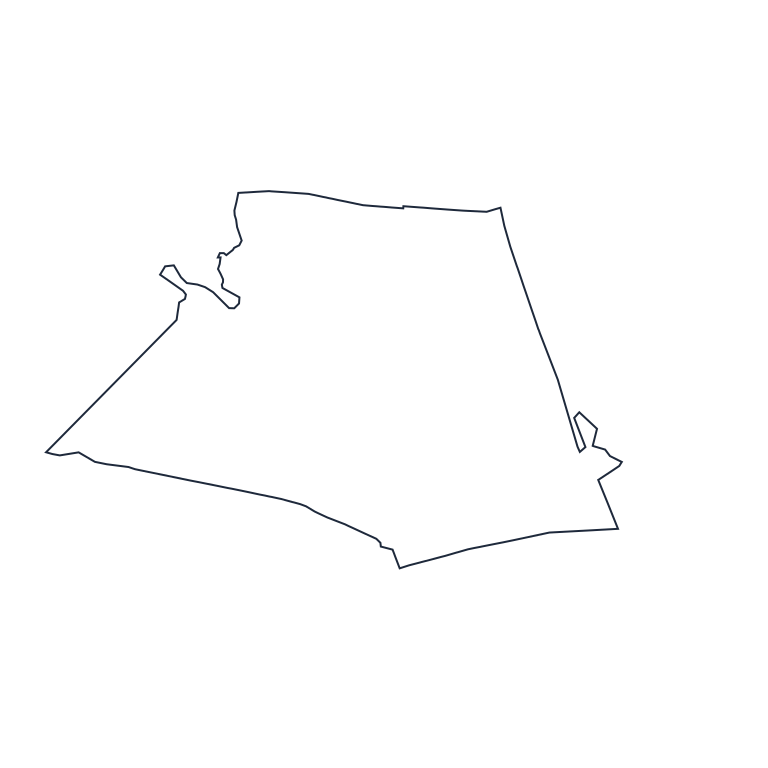 San Mateo Etlatongo, Oaxaca, Mexico (Mercator projection), rotated 26°
{"feature_id": "50627088B15495496169885", "entity_name": "San Mateo Etlatongo", "entity_type": "district", "adm_level": 2, "iso_a3": "MEX", "parent_name": "Mexico", "parent_adm1": "Oaxaca", "projection": "mercator", "projection_center": [-97.265, 17.424], "detail": "fine", "context": "isolated", "style": "outline", "palette": "slate", "viewbox_px": 768, "rotation_deg": 26, "n_neighbors": 0, "source": "geoboundaries", "source_scale": "gbopen_adm2", "svg_char_len": 2661}
<svg xmlns="http://www.w3.org/2000/svg" viewBox="0 0 768 768"><g transform="rotate(26 384 384)"><path d="M110.2,593.5L116.7,592.3L123.9,590.3L139.5,579.3L158.3,580.7L169.9,577.7L190.8,570.6L194.8,570.1L197.6,569.7L200.0,569.1L252.1,555.7L259.5,553.7L278.9,548.6L282.4,547.7L285.9,546.8L289.4,545.9L292.9,544.9L296.4,544.0L303.3,542.2L303.8,542.1L304.5,541.9L311.2,540.2L316.1,539.0L320.9,537.8L325.7,536.5L330.3,535.4L332.7,534.7L334.0,534.4L340.9,532.7L341.6,532.5L353.8,530.2L354.5,530.0L361.4,528.7L367.6,528.1L377.5,529.0L381.2,529.0L387.0,528.9L391.9,528.8L392.8,528.7L400.0,528.1L407.1,527.5L410.5,527.2L414.4,527.2L418.0,527.1L433.0,526.8L445.0,526.5L450.4,528.3L452.4,531.5L464.3,529.1L467.1,531.7L469.6,534.1L478.9,542.8L486.1,535.9L495.0,528.3L495.4,527.9L502.1,522.2L511.1,514.4L514.3,511.7L523.3,503.5L523.7,503.2L531.9,495.8L537.2,491.7L542.3,487.9L542.9,487.4L553.7,479.2L560.2,474.3L568.5,467.9L597.8,445.0L615.8,435.0L622.1,431.5L634.7,424.5L644.0,419.3L657.8,411.6L637.7,393.4L618.6,376.3L627.4,361.4L631.4,354.5L631.7,351.4L631.9,349.8L627.2,349.8L618.7,349.7L611.5,346.0L600.3,347.9L598.9,348.1L598.7,348.1L595.8,334.3L595.1,330.9L571.9,323.8L569.8,331.1L588.5,348.5L591.5,351.3L592.7,352.4L589.8,359.2L585.4,355.5L542.4,308.4L538.4,304.0L508.5,276.2L501.8,270.0L499.6,267.8L499.1,267.4L498.8,267.2L497.7,266.1L492.2,260.5L486.4,254.7L484.7,253.0L471.1,239.3L466.5,234.7L461.8,229.9L453.2,221.2L451.8,219.9L437.3,205.2L422.8,189.1L411.4,174.5L407.4,178.1L402.2,182.9L400.8,184.2L381.0,192.7L377.4,194.2L364.5,199.4L352.2,204.3L348.4,205.8L342.2,208.2L339.8,209.2L323.5,215.7L324.3,217.7L317.0,220.6L313.5,222.0L306.5,224.7L303.1,226.1L299.7,227.4L296.0,228.9L286.7,232.5L281.5,233.8L280.5,234.1L277.2,234.9L273.7,235.8L269.7,236.8L268.2,237.2L261.7,238.9L255.9,240.3L255.2,240.5L253.4,241.0L251.4,241.5L250.8,241.6L249.6,241.9L247.5,242.5L245.0,243.1L242.6,243.7L237.8,244.9L237.2,245.1L233.6,246.0L232.9,246.2L232.1,246.5L210.3,255.3L198.6,260.1L196.2,261.0L185.8,266.8L176.1,272.3L175.7,272.5L169.3,276.1L171.6,285.0L173.5,293.7L175.8,297.7L179.0,301.1L183.2,307.4L193.2,317.5L193.1,322.8L189.6,327.3L189.4,329.7L185.8,337.3L182.7,336.6L179.1,338.3L179.2,343.1L181.6,341.9L183.7,348.2L184.4,353.4L188.8,356.6L191.1,358.5L193.5,360.5L194.7,363.2L194.7,365.8L196.7,368.5L216.1,369.5L218.4,375.2L216.2,381.6L211.5,383.7L190.2,376.4L181.0,375.4L180.5,375.4L172.7,376.4L162.5,379.7L154.7,377.1L143.1,369.5L135.7,374.2L135.4,378.1L134.8,383.9L147.6,385.9L159.3,387.8L162.5,388.3L166.7,390.4L166.9,391.2L167.1,391.7L167.8,394.8L164.1,400.5L165.5,404.7L167.2,410.2L169.5,417.3L110.2,593.5Z" fill="none" stroke="#1e293b" stroke-width="2"/></g></svg>